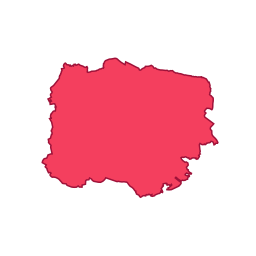 the district of Simonesti, Harghita, Romania, rotated 206°
{"feature_id": "2599482B29227136625242", "entity_name": "Simonesti", "entity_type": "district", "adm_level": 2, "iso_a3": "ROU", "parent_name": "Romania", "parent_adm1": "Harghita", "projection": "natural_earth1", "projection_center": [25.11, 46.356], "detail": "fine", "context": "isolated", "style": "filled", "palette": "rose", "viewbox_px": 256, "rotation_deg": 206, "n_neighbors": 0, "source": "geoboundaries", "source_scale": "gbopen_adm2", "svg_char_len": 5722}
<svg xmlns="http://www.w3.org/2000/svg" viewBox="0 0 256 256"><g transform="rotate(206 128 128)"><path d="M173.0,182.9L175.0,181.7L177.8,178.6L178.1,176.9L177.9,175.8L178.2,175.1L177.7,174.1L177.7,173.7L177.0,172.3L176.6,172.1L176.3,171.7L176.4,170.9L177.0,170.8L178.3,169.2L179.3,168.6L179.6,168.2L180.1,167.2L181.4,166.0L181.6,165.5L182.8,164.6L185.8,162.9L186.1,162.3L186.9,161.5L188.5,160.4L189.2,160.5L189.8,162.2L190.4,163.1L190.6,164.1L191.2,164.8L191.7,164.8L191.9,165.1L192.2,164.9L192.2,164.2L192.9,163.8L193.5,163.6L195.5,163.8L198.7,163.4L199.9,163.7L200.6,163.6L201.2,162.6L201.7,162.2L202.1,161.7L202.3,161.6L203.3,162.2L204.5,161.4L204.2,160.7L204.2,159.8L205.4,159.8L205.4,159.5L206.2,158.5L206.4,158.5L207.5,159.1L207.7,158.3L208.9,158.8L209.5,158.5L210.7,158.1L212.3,158.8L212.9,158.8L213.5,157.2L213.3,155.7L212.9,155.1L212.2,154.7L211.6,154.0L212.4,153.0L213.7,152.2L213.2,151.4L212.5,150.7L212.6,149.5L212.3,148.5L212.3,147.2L212.1,146.5L212.1,145.9L212.4,145.4L212.1,143.8L211.5,142.6L213.5,133.6L214.9,130.9L215.1,130.2L214.9,129.5L213.7,128.1L212.2,127.3L211.8,126.3L212.4,124.4L211.8,123.2L210.4,122.1L211.3,120.8L211.5,120.3L212.6,119.0L210.9,117.7L210.9,117.9L210.0,118.5L209.8,119.4L208.6,118.6L209.4,117.5L209.4,116.9L208.3,115.1L206.7,116.2L205.9,116.9L204.5,117.6L201.9,115.4L202.7,114.8L201.5,113.7L200.8,111.5L202.0,110.8L202.6,110.0L202.7,109.2L203.0,108.0L203.0,106.8L203.1,106.5L203.3,106.5L202.9,104.9L202.3,103.8L201.3,103.4L201.2,103.1L202.6,102.1L199.2,99.8L196.0,95.7L196.0,94.5L195.6,92.8L195.9,92.3L195.8,92.1L195.5,91.5L194.5,90.9L193.9,90.1L193.6,88.9L194.0,88.7L193.7,87.8L193.7,87.1L193.2,84.9L194.7,82.9L193.3,81.0L193.1,80.2L192.4,79.8L189.7,78.7L189.4,78.0L189.3,77.4L188.8,76.4L185.0,71.7L184.9,71.4L185.7,71.1L188.1,68.7L187.9,67.4L187.9,66.2L187.8,65.6L188.3,64.9L189.6,63.9L190.1,63.1L190.3,60.9L189.9,59.3L185.3,59.0L185.4,56.8L183.0,56.0L182.7,55.6L182.5,55.1L179.8,52.9L178.5,53.9L177.4,53.7L177.6,52.5L177.5,51.6L176.6,51.0L175.2,50.6L174.5,50.6L173.1,51.4L171.2,51.9L169.2,51.9L167.6,51.7L163.7,50.1L162.8,49.6L162.2,49.6L159.1,50.7L157.7,49.8L157.2,49.8L152.9,50.2L151.1,50.8L150.0,51.3L148.3,52.3L147.4,54.1L145.9,53.6L143.4,54.7L144.2,56.6L141.6,58.8L142.9,62.1L142.5,63.2L140.5,64.3L140.6,66.2L138.3,66.1L137.8,65.7L137.0,65.3L135.3,65.1L131.2,66.2L128.8,67.2L127.3,69.1L126.5,71.1L126.2,72.5L126.2,73.5L114.3,75.0L113.4,75.8L111.8,76.2L109.8,76.9L108.3,77.8L107.2,78.2L106.1,78.5L105.5,78.8L104.5,78.6L102.6,77.5L100.6,76.6L98.3,76.4L96.4,75.8L94.3,74.6L93.2,74.6L93.1,74.0L92.7,73.5L91.9,73.0L91.4,72.4L88.9,72.4L88.4,72.3L87.8,71.7L86.5,71.2L85.7,72.1L85.0,73.5L83.8,74.4L82.8,74.5L82.3,74.8L82.5,75.6L82.4,75.9L82.0,76.3L81.7,76.1L80.7,76.6L80.6,77.2L80.0,77.7L79.6,77.5L78.6,77.7L77.4,78.6L77.4,77.7L77.9,77.2L77.6,77.0L76.1,77.3L74.4,78.8L74.3,79.7L72.1,82.2L71.0,83.0L70.7,83.5L70.5,84.7L70.2,84.8L70.5,84.9L70.9,85.6L70.7,86.0L69.3,85.8L68.8,85.5L68.8,85.8L69.3,86.2L69.8,86.4L69.8,86.8L70.5,87.1L70.8,87.6L71.6,88.2L71.1,90.5L71.3,90.8L71.0,90.9L70.8,91.3L70.9,91.5L71.3,91.3L71.2,92.1L71.6,92.5L71.9,93.3L69.9,94.8L68.9,95.2L67.7,94.4L68.2,93.9L67.8,93.8L67.8,94.1L66.3,95.0L66.1,95.0L66.0,94.8L65.8,94.7L64.9,95.1L64.3,96.4L63.7,95.9L64.0,94.8L65.0,92.7L65.1,92.1L65.7,91.9L65.2,90.9L66.2,90.0L66.0,89.6L64.0,90.4L62.0,91.6L56.9,98.0L57.0,98.2L56.7,98.5L56.7,98.9L56.5,99.2L56.1,100.4L56.1,101.9L57.1,102.5L59.3,102.8L63.6,103.8L63.6,104.5L62.7,104.8L61.6,104.2L57.5,103.7L57.2,103.5L56.8,103.7L56.6,104.5L56.3,104.9L54.8,105.3L54.3,105.8L53.8,106.0L52.9,107.4L52.0,108.1L52.4,109.2L52.5,110.0L51.7,111.2L51.7,111.7L51.9,111.9L52.2,112.1L52.6,112.0L53.6,111.0L55.8,110.8L56.3,111.3L56.2,112.0L55.5,113.3L53.8,113.1L53.0,113.7L52.1,113.8L51.0,114.4L51.1,115.1L53.4,115.2L54.7,115.7L55.2,116.1L55.5,116.8L56.6,116.7L58.3,118.4L57.6,120.8L57.7,121.2L58.9,122.8L60.8,123.0L61.7,122.2L64.8,122.8L66.7,123.8L67.3,124.6L66.6,125.5L65.0,126.0L64.1,127.0L63.6,127.4L61.1,127.3L60.3,127.8L59.7,127.2L59.1,127.0L58.7,127.1L57.7,128.0L57.7,128.5L56.5,129.7L53.8,130.7L53.7,130.1L52.4,130.1L52.1,130.6L51.6,131.0L51.6,131.8L51.3,133.6L51.7,134.2L52.4,134.3L52.2,135.5L51.7,136.3L52.0,136.4L52.7,137.4L52.9,138.8L53.8,139.9L56.5,144.2L56.6,144.8L56.5,145.7L54.8,145.5L53.9,145.6L52.7,146.3L52.5,146.8L52.2,147.1L51.5,146.8L50.9,147.3L50.7,148.8L50.1,149.1L49.3,149.9L48.1,150.6L47.7,151.3L47.6,152.4L46.7,152.7L45.5,152.7L44.5,151.9L43.3,150.6L42.6,151.5L42.6,152.4L42.3,152.8L40.9,153.5L40.9,154.4L43.0,156.0L44.9,156.9L47.6,157.8L49.1,158.5L50.2,159.7L51.5,162.2L53.3,162.9L53.9,163.8L54.1,164.9L53.0,168.4L52.8,169.4L63.9,171.5L64.7,172.5L64.9,173.8L64.5,175.6L66.2,176.1L66.7,177.1L65.9,180.2L64.7,180.8L63.2,181.3L60.7,181.2L60.5,182.1L61.0,183.9L62.5,187.2L63.3,189.7L64.2,191.6L64.7,192.3L65.2,192.6L66.6,193.0L67.3,193.4L68.2,193.4L69.4,193.9L69.6,195.4L70.0,195.9L69.8,197.2L70.8,198.9L70.8,199.6L71.7,200.1L72.1,200.5L72.3,200.9L72.8,201.2L72.9,202.2L75.2,204.7L75.7,204.3L79.1,206.4L83.1,206.3L83.5,205.7L83.8,205.7L84.5,206.2L84.8,206.1L85.4,205.4L86.8,205.0L87.4,204.4L89.8,203.8L91.1,203.0L91.9,203.0L93.1,202.3L93.8,202.6L94.5,202.4L97.4,201.4L99.8,200.8L100.3,200.4L104.3,199.9L106.3,199.2L108.1,199.0L108.7,198.6L109.4,198.3L110.4,198.5L111.1,198.4L113.1,199.1L114.4,198.3L115.1,198.1L116.2,196.9L118.1,197.0L119.4,196.2L122.9,195.0L124.1,194.4L127.7,193.6L129.6,194.0L130.7,193.2L131.5,193.6L132.7,194.3L134.6,194.5L135.5,193.4L136.7,192.4L139.4,191.0L139.4,190.0L139.7,189.3L140.4,188.6L141.3,187.3L142.0,185.6L142.6,185.2L143.5,185.3L143.8,185.8L144.7,186.4L147.4,186.3L153.8,186.5L159.1,186.4L158.4,183.6L162.8,184.0L166.0,184.7L167.6,185.2L168.7,185.4L170.2,185.0L173.0,182.9Z" fill="#f43f5e" stroke="#9f1239" stroke-width="1.5"/></g></svg>